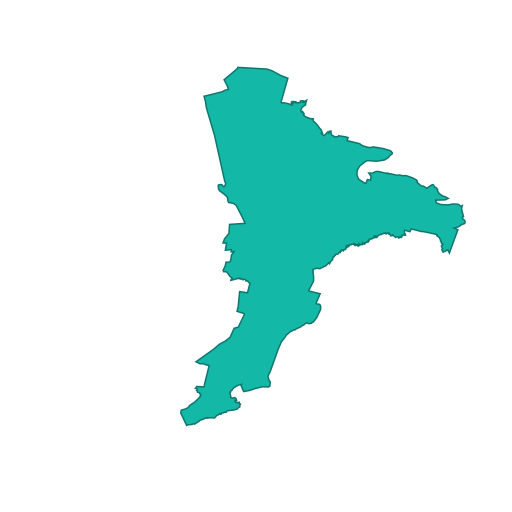 the district of Moara, Suceava, Romania, rotated 311°
{"feature_id": "2599482B75837572043429", "entity_name": "Moara", "entity_type": "district", "adm_level": 2, "iso_a3": "ROU", "parent_name": "Romania", "parent_adm1": "Suceava", "projection": "natural_earth1", "projection_center": [26.193, 47.582], "detail": "fine", "context": "isolated", "style": "filled", "palette": "teal", "viewbox_px": 512, "rotation_deg": 311, "n_neighbors": 0, "source": "geoboundaries", "source_scale": "gbopen_adm2", "svg_char_len": 6132}
<svg xmlns="http://www.w3.org/2000/svg" viewBox="0 0 512 512"><g transform="rotate(311 256 256)"><path d="M385.1,400.0L408.3,391.1L407.0,387.2L411.0,389.7L414.9,390.7L417.0,392.0L417.9,392.1L418.7,391.7L419.8,390.1L419.7,387.2L421.2,386.3L421.9,386.7L426.1,380.6L427.1,379.7L429.4,378.6L427.8,377.9L427.9,375.4L427.6,374.5L424.6,370.6L420.4,367.3L415.7,361.1L414.5,357.4L415.9,354.8L422.4,361.9L425.6,363.3L424.6,359.1L423.9,358.1L423.3,353.4L424.1,350.6L425.3,349.4L425.8,347.4L425.3,345.6L426.1,343.3L425.5,342.2L419.2,340.4L418.5,336.4L417.5,335.2L417.3,334.3L417.3,329.1L418.4,328.7L418.6,327.0L417.8,323.2L415.2,316.6L412.8,314.0L411.4,311.3L409.3,309.2L406.2,303.4L404.2,300.8L404.7,300.8L403.1,298.8L400.7,294.0L399.7,292.4L398.0,290.8L395.2,289.7L392.6,286.7L391.7,290.4L388.4,292.8L386.8,289.9L383.0,291.3L382.2,289.4L381.3,283.1L383.3,279.1L386.8,276.3L391.8,275.2L399.1,276.6L401.3,277.7L406.7,284.9L412.8,290.0L417.2,291.3L419.0,291.1L422.7,291.7L423.4,290.9L423.7,288.5L420.6,281.6L415.4,273.1L412.8,271.0L411.6,269.5L409.8,265.6L409.1,263.9L408.7,260.3L402.8,249.0L405.8,247.8L404.5,245.1L400.9,239.4L400.1,239.8L397.4,237.2L397.7,236.8L396.9,233.9L398.1,231.8L399.5,230.7L398.5,229.7L397.4,230.2L396.5,230.1L397.0,228.8L391.8,228.5L391.3,227.8L391.4,225.0L392.3,225.6L394.0,222.2L394.2,220.0L395.1,216.4L395.5,213.0L395.3,211.0L397.1,209.3L395.2,206.7L393.5,201.8L393.5,199.1L394.8,199.2L395.6,196.3L394.4,196.1L394.8,194.9L395.4,194.3L397.8,193.4L399.6,193.4L402.5,194.3L404.9,192.7L406.7,192.0L404.6,191.2L404.2,191.7L403.5,191.4L402.8,190.7L404.0,189.7L402.1,187.8L400.8,188.7L398.2,186.1L397.7,185.6L398.6,184.9L396.5,182.1L396.1,182.3L395.5,181.7L394.5,182.4L395.9,183.8L393.3,184.1L393.0,183.7L392.9,182.3L391.4,179.0L389.8,176.4L388.2,174.7L388.3,174.4L388.7,173.9L411.1,163.4L408.5,156.4L406.2,146.3L404.1,141.4L386.4,118.5L386.0,119.0L382.0,118.5L368.1,116.3L365.5,122.7L363.7,125.9L360.6,123.7L358.1,123.0L342.5,112.0L339.3,116.7L335.1,121.6L319.8,145.6L292.1,183.1L290.8,185.5L289.9,186.1L287.4,186.5L287.0,185.9L287.4,184.1L287.2,182.9L285.3,181.2L284.8,181.1L284.2,181.4L281.9,183.9L281.3,185.8L281.8,191.7L281.6,195.9L279.2,198.6L278.4,200.2L280.9,204.4L281.2,207.9L275.5,222.2L273.4,226.3L262.5,215.3L255.2,220.8L248.3,221.0L244.2,222.6L246.4,225.3L240.2,229.1L244.6,233.1L242.8,234.5L244.9,236.5L240.5,236.9L235.8,240.0L234.3,239.9L233.1,239.3L231.7,237.4L228.5,239.2L223.5,240.6L222.9,241.9L224.4,243.6L224.7,244.6L223.5,250.0L223.7,252.6L223.3,252.8L222.3,252.5L221.1,253.0L226.7,256.8L227.3,256.8L227.7,258.1L228.6,258.2L228.4,259.3L228.7,259.7L229.4,259.7L229.2,261.2L229.7,262.0L230.6,262.0L231.1,263.0L231.2,263.9L230.5,264.5L231.4,265.4L231.3,265.9L231.6,266.6L231.2,268.4L231.5,269.3L222.7,273.7L218.4,267.0L206.5,275.5L201.8,278.0L204.7,284.7L204.5,285.5L190.7,289.3L187.1,286.9L177.7,289.8L171.5,288.6L165.5,286.3L157.5,285.1L136.8,280.1L137.9,284.4L140.3,287.3L140.7,288.8L142.6,292.5L125.4,301.3L123.2,302.7L118.6,296.8L117.8,297.2L116.4,297.0L117.0,299.1L116.4,299.6L115.6,299.5L115.7,300.0L114.8,301.3L115.7,302.8L115.1,304.1L115.5,304.7L114.7,305.6L113.5,305.7L113.3,306.2L105.7,305.6L99.4,303.9L98.1,304.3L96.5,304.0L93.8,302.9L91.2,301.0L90.1,300.9L88.1,302.3L82.6,314.8L84.0,315.4L86.6,318.0L88.1,318.7L88.8,319.9L93.9,321.5L94.6,321.2L98.9,323.6L100.3,323.9L100.7,324.7L101.9,324.9L101.9,326.0L102.8,326.3L106.6,331.0L110.3,331.0L110.8,331.6L113.2,332.0L113.1,333.0L114.0,333.5L114.5,333.2L115.5,333.3L116.0,334.2L117.7,334.9L118.2,335.9L120.4,335.9L125.2,340.3L128.2,342.2L130.3,342.3L131.5,342.8L132.8,341.6L133.9,341.5L133.9,340.0L134.6,339.2L133.0,338.4L132.2,335.7L133.2,335.0L134.2,336.3L135.2,334.8L134.9,334.0L135.2,333.4L135.1,332.7L133.4,331.6L132.6,329.5L133.7,328.8L135.5,326.2L136.3,326.2L136.4,325.6L137.0,325.4L138.6,326.0L140.2,325.6L142.5,325.7L147.1,327.5L149.7,329.4L148.4,329.8L145.6,335.6L150.5,339.5L155.4,342.3L161.6,346.7L165.2,351.2L166.6,351.9L170.2,349.6L170.9,347.2L173.1,343.9L178.2,342.5L200.0,334.0L208.0,331.4L213.2,331.3L215.9,330.8L221.4,331.5L223.8,332.7L225.1,332.8L225.7,333.9L227.2,334.1L232.1,336.3L233.9,336.5L235.5,337.4L237.4,337.4L239.0,338.4L239.3,339.9L241.3,341.8L243.2,342.1L243.8,342.6L249.7,342.2L258.0,339.8L260.3,338.0L261.2,336.2L260.9,334.8L259.8,333.8L259.6,332.4L269.6,329.2L264.9,320.1L264.4,318.5L274.9,315.9L278.2,313.0L281.0,309.9L280.9,309.4L282.4,309.0L282.7,307.9L284.1,308.1L285.5,309.3L286.9,309.8L287.5,311.5L288.4,312.5L294.7,315.2L298.7,315.3L298.9,315.5L298.5,316.6L300.5,316.0L303.6,316.2L305.7,314.8L306.8,315.5L307.8,315.1L308.7,315.4L309.3,315.1L311.4,316.6L312.8,316.3L313.9,317.3L314.2,316.8L315.7,317.2L315.7,316.5L316.4,316.4L317.3,317.3L317.4,318.6L318.3,318.1L319.7,319.3L320.4,318.8L322.4,319.1L322.6,318.7L322.0,318.0L323.1,317.5L324.3,318.2L324.0,319.8L324.7,319.7L325.3,319.0L326.2,319.5L326.5,320.3L327.9,320.7L329.0,322.3L329.6,321.8L330.0,322.0L330.0,322.6L329.4,323.0L330.0,323.6L328.9,323.8L329.0,324.2L330.6,325.0L330.4,325.8L331.3,325.8L331.2,325.2L332.4,325.7L331.2,326.9L332.4,327.1L333.0,326.3L333.1,327.7L334.3,328.0L334.4,328.9L335.3,329.0L335.9,328.1L335.9,329.8L336.3,330.2L337.5,329.6L337.8,330.0L338.9,330.1L339.0,330.8L340.1,330.7L340.2,331.5L341.2,331.4L341.4,330.9L342.5,331.1L342.7,330.5L343.6,330.7L343.9,331.4L344.6,331.6L344.9,332.3L345.8,332.3L347.8,333.6L348.3,333.4L348.1,332.3L348.5,332.0L350.0,333.1L349.7,333.7L348.6,334.3L349.2,335.0L351.4,334.9L353.4,335.4L354.4,336.5L355.3,336.4L355.8,337.2L356.6,337.3L357.8,338.3L358.4,338.3L358.5,338.7L358.0,339.0L358.0,339.7L360.5,340.7L360.5,341.5L359.7,341.7L360.3,343.9L359.6,344.3L360.6,345.4L361.6,345.2L361.6,349.1L362.3,349.3L362.7,350.0L363.9,350.8L364.2,351.1L363.3,351.9L365.0,352.8L365.5,353.6L366.5,353.3L366.1,352.9L366.2,352.6L367.8,352.7L369.8,355.2L370.6,354.0L370.6,353.2L372.1,351.6L373.0,351.3L375.3,356.2L378.4,355.5L383.0,364.9L384.3,366.4L390.8,378.2L390.7,379.0L390.0,379.1L390.1,382.6L389.0,384.9L388.3,385.4L388.3,386.8L387.5,387.2L387.2,388.4L387.4,389.4L385.1,389.4L383.9,392.0L382.9,391.9L381.9,393.8L381.7,394.8L386.5,396.7L385.1,400.0Z" fill="#14b8a6" stroke="#0f766e" stroke-width="1.5"/></g></svg>